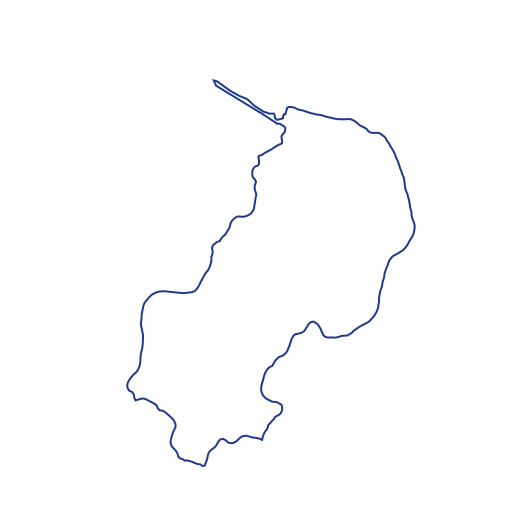 I-1 Barima, Barima-Waini, Guyana (Mercator projection), rotated 340°
{"feature_id": "73187651B60550575754674", "entity_name": "I-1 Barima", "entity_type": "district", "adm_level": 2, "iso_a3": "GUY", "parent_name": "Guyana", "parent_adm1": "Barima-Waini", "projection": "mercator", "projection_center": [-60.025, 7.862], "detail": "fine", "context": "isolated", "style": "outline", "palette": "blue", "viewbox_px": 512, "rotation_deg": 340, "n_neighbors": 0, "source": "geoboundaries", "source_scale": "gbopen_adm2", "svg_char_len": 5451}
<svg xmlns="http://www.w3.org/2000/svg" viewBox="0 0 512 512"><g transform="rotate(340 256 256)"><path d="M335.7,127.6L335.7,127.8L332.1,132.8L331.1,132.3L329.0,134.1L328.6,135.7L326.8,135.8L322.3,135.2L320.9,133.1L321.6,130.7L321.5,128.3L320.3,127.9L317.3,126.8L317.2,126.8L314.8,124.6L312.9,123.4L312.7,123.3L305.9,114.3L301.6,106.0L300.3,104.5L295.3,100.1L288.5,92.3L279.6,79.2L278.0,77.6L277.1,77.1L276.3,76.6L276.8,82.4L308.4,122.0L308.9,122.5L320.1,137.4L321.1,138.7L321.1,138.8L323.7,140.0L325.5,142.1L326.2,143.3L327.0,144.1L327.2,145.7L326.8,146.9L326.3,148.0L325.5,149.1L323.3,150.5L321.7,151.4L321.0,152.1L320.7,152.7L319.7,157.3L319.4,158.3L318.9,158.9L318.2,159.1L314.3,159.4L307.2,161.0L305.5,161.3L300.3,162.0L298.0,162.6L295.6,163.1L293.5,162.9L292.7,163.1L292.4,163.2L292.2,163.6L291.6,167.0L290.8,169.3L289.9,170.9L289.3,171.3L288.1,171.7L286.0,171.6L285.1,171.8L283.7,172.7L282.6,173.7L282.0,174.4L281.3,175.7L279.9,179.7L280.1,181.2L281.0,183.3L281.2,184.0L281.4,185.6L281.3,186.4L278.9,189.4L278.1,191.2L277.5,193.6L277.4,197.1L277.2,198.7L276.6,199.7L276.1,200.2L272.3,207.2L270.3,210.6L269.1,212.1L268.2,212.8L265.8,214.3L263.0,215.0L261.8,215.1L259.4,215.1L258.1,214.9L256.2,214.3L253.4,213.0L251.7,212.5L248.8,213.1L245.9,214.4L243.6,216.3L242.4,217.9L241.0,220.1L239.6,221.3L238.6,221.9L237.8,222.7L234.8,225.1L232.8,226.0L231.9,226.3L230.3,227.0L227.9,228.8L227.2,229.5L226.2,229.6L225.2,229.5L224.2,229.5L220.7,230.6L219.7,231.0L219.0,231.5L217.8,232.8L217.4,233.7L216.7,237.2L216.4,238.0L215.0,240.2L213.7,241.5L212.7,244.8L210.7,247.9L208.4,250.8L206.3,252.8L202.0,255.4L197.3,259.5L191.5,265.0L189.1,266.7L186.6,267.9L184.3,268.2L181.4,267.7L178.2,266.8L175.7,266.3L173.3,265.3L170.5,263.9L167.7,262.6L157.3,257.5L152.3,256.2L148.7,256.2L145.8,256.5L142.9,257.5L140.3,258.9L137.6,260.4L134.9,262.2L132.8,264.8L129.5,270.3L128.2,272.6L126.9,275.8L124.5,280.6L123.1,289.6L122.7,291.9L121.7,294.6L119.1,300.8L117.5,303.8L114.9,307.8L113.6,310.0L110.5,317.1L108.7,319.9L106.2,322.5L104.2,324.0L99.8,325.9L97.3,327.3L94.5,329.1L92.3,331.0L90.6,333.7L90.2,336.8L90.8,339.2L93.0,341.4L93.8,344.1L93.2,347.3L93.4,350.4L96.9,350.7L99.5,350.8L101.8,351.6L103.8,353.2L106.2,355.8L107.9,357.8L109.7,359.8L111.4,362.1L111.6,365.6L112.8,368.1L115.3,369.4L117.4,371.9L120.6,377.8L121.9,380.6L122.6,383.0L122.9,386.2L122.0,389.0L117.8,393.3L114.8,397.0L112.1,401.4L111.6,404.2L111.9,406.8L113.0,409.0L114.1,411.8L114.7,415.0L114.3,417.5L115.3,420.2L117.6,421.7L118.9,423.9L121.2,424.4L123.1,425.9L125.5,427.4L127.4,429.4L129.6,431.3L132.5,432.8L133.9,435.1L136.2,435.4L137.9,433.2L139.6,431.5L141.3,429.0L143.0,426.2L144.6,424.4L146.8,423.2L152.5,421.3L155.0,419.5L157.2,417.4L159.7,416.1L162.7,416.7L164.7,419.1L166.0,421.8L168.2,423.2L171.0,423.9L174.2,423.4L177.3,422.0L180.2,420.9L182.5,420.8L185.5,421.6L187.5,423.0L190.5,425.3L193.1,426.5L196.3,428.4L198.7,430.8L198.8,430.9L200.0,429.0L201.3,427.3L203.0,425.3L204.9,423.9L206.9,422.7L208.5,420.9L209.6,419.0L211.8,418.1L214.7,416.4L216.9,415.4L219.2,413.6L222.1,413.3L224.8,412.6L226.7,411.1L228.0,409.3L228.9,406.9L229.0,404.4L227.4,402.6L225.7,400.5L223.6,399.5L221.3,398.4L219.5,396.4L217.5,394.4L216.0,392.1L215.0,389.6L214.6,386.9L214.9,384.1L215.8,381.5L217.2,379.1L218.7,376.9L220.2,375.0L221.9,372.4L223.2,370.6L225.1,368.6L227.1,367.0L228.9,365.8L231.2,364.9L233.5,364.9L235.8,363.0L237.6,361.4L240.3,359.9L242.7,358.8L245.6,358.8L247.9,358.6L250.8,357.4L252.8,356.0L254.4,354.2L256.2,352.4L258.2,349.9L260.1,347.4L261.4,345.8L263.5,344.1L265.6,343.0L268.3,343.3L270.8,343.6L273.0,343.7L275.2,343.2L277.1,342.0L278.8,340.6L281.1,338.8L282.9,337.5L285.3,336.9L287.6,337.3L289.4,339.4L290.8,341.7L291.2,344.0L291.8,346.1L291.8,348.7L292.0,350.9L292.4,353.8L293.5,355.8L295.6,357.1L297.8,357.9L299.9,358.6L302.1,359.7L304.4,360.1L306.5,360.3L309.1,360.4L312.2,361.2L314.4,361.9L317.2,361.5L319.8,361.0L321.8,359.9L324.5,359.0L326.8,358.5L328.9,357.9L331.2,357.5L334.1,357.2L337.0,356.8L339.5,356.4L341.5,355.5L343.7,354.2L345.7,353.3L347.6,351.9L349.5,350.4L351.2,348.6L352.8,346.7L353.9,344.6L355.0,342.7L356.1,340.9L356.9,338.3L358.1,335.9L359.5,333.7L360.6,331.6L363.7,328.0L364.8,326.2L366.1,323.7L368.1,321.2L369.4,319.3L370.8,316.4L372.9,313.8L374.7,311.6L376.5,309.8L378.4,307.2L380.0,305.7L383.0,303.6L385.9,302.6L388.1,302.5L390.3,302.1L392.5,301.6L394.7,301.2L396.9,300.4L399.1,299.3L401.8,297.6L403.6,296.0L405.9,294.0L408.3,292.1L410.4,290.4L412.2,288.1L414.0,285.2L415.0,282.9L415.7,280.7L415.8,278.4L415.8,276.0L415.7,273.7L416.1,270.9L416.9,268.5L417.4,265.3L417.4,262.9L418.0,260.8L418.5,258.2L418.9,255.7L419.1,252.7L419.5,249.7L419.3,247.2L419.3,244.4L419.8,241.3L420.5,238.8L421.1,235.9L421.8,233.2L421.5,230.6L421.5,228.4L421.6,225.3L421.4,222.7L421.6,220.2L421.7,216.8L421.6,214.1L421.3,211.1L421.4,208.3L421.1,205.5L420.7,202.5L420.1,200.0L419.7,197.7L419.5,195.5L418.4,192.3L418.1,189.1L417.0,187.0L415.6,185.1L414.3,183.0L412.4,181.8L409.8,180.9L407.4,180.1L405.3,178.7L404.0,176.6L403.4,174.4L401.9,172.6L400.4,171.0L398.7,169.4L397.2,166.9L395.8,164.3L394.2,162.2L392.3,160.3L390.2,159.1L387.5,158.3L384.7,157.4L382.7,156.5L380.3,155.7L378.5,154.7L375.8,153.2L373.4,151.5L371.5,150.4L369.3,148.9L367.3,147.3L365.4,145.9L363.5,144.9L361.4,143.8L359.0,142.1L356.2,140.4L354.1,138.7L351.8,136.9L349.8,135.3L347.3,133.8L345.2,132.4L343.5,130.3L341.7,129.0L339.6,127.8L337.3,127.1L335.7,127.6Z" fill="none" stroke="#1e3a8a" stroke-width="2"/></g></svg>